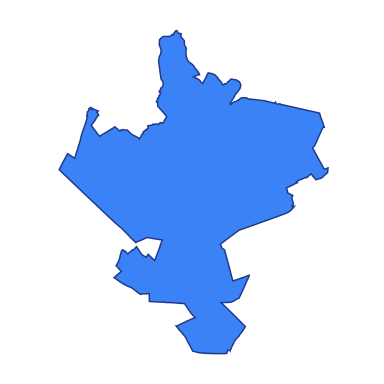 Nopalucan, Puebla, Mexico (Mercator projection), rotated 184°
{"feature_id": "50627088B31186547643860", "entity_name": "Nopalucan", "entity_type": "district", "adm_level": 2, "iso_a3": "MEX", "parent_name": "Mexico", "parent_adm1": "Puebla", "projection": "mercator", "projection_center": [-97.825, 19.193], "detail": "fine", "context": "isolated", "style": "filled", "palette": "blue", "viewbox_px": 384, "rotation_deg": 184, "n_neighbors": 0, "source": "geoboundaries", "source_scale": "gbopen_adm2", "svg_char_len": 5976}
<svg xmlns="http://www.w3.org/2000/svg" viewBox="0 0 384 384"><g transform="rotate(184 192 192)"><path d="M256.9,129.5L258.0,128.8L258.3,127.8L258.8,125.4L259.3,123.2L259.3,122.9L259.6,120.5L259.7,120.2L260.3,118.0L262.5,113.2L257.0,107.8L260.5,104.5L263.5,101.4L263.8,101.2L256.9,97.0L255.5,96.3L254.5,95.7L253.6,95.3L249.4,93.5L249.1,93.4L248.6,93.3L245.6,92.2L243.9,91.3L238.7,87.7L236.2,86.3L235.9,86.3L235.2,86.8L231.2,87.2L227.6,87.6L227.2,84.0L227.0,80.0L226.8,79.8L219.9,79.9L213.1,80.1L210.2,80.0L208.8,80.0L208.7,80.1L200.4,80.2L194.7,80.1L191.7,80.2L184.4,70.8L180.2,67.0L180.6,67.0L180.7,66.8L187.9,62.9L197.5,57.5L198.5,57.3L194.2,52.6L193.6,52.2L193.3,52.1L191.6,50.0L190.0,48.5L188.3,46.5L186.9,44.3L185.9,42.4L183.2,38.3L181.1,34.9L180.6,33.9L180.1,33.2L178.3,33.1L175.1,32.3L168.1,32.0L162.0,32.2L152.5,32.7L146.2,33.3L145.4,36.7L143.4,36.4L143.0,36.6L142.9,36.3L141.0,41.7L140.0,43.7L139.8,44.8L139.5,45.7L137.1,49.2L135.7,51.0L135.0,51.6L134.5,52.9L132.0,56.6L129.4,61.4L129.8,61.8L142.1,72.6L155.2,83.7L147.2,84.5L145.6,84.8L143.7,85.6L139.7,88.3L137.6,89.5L133.7,99.6L131.5,106.2L130.1,109.5L129.1,112.5L129.0,112.9L129.2,113.0L129.6,112.7L130.0,112.7L130.8,112.2L131.2,112.1L131.8,111.7L132.2,111.6L133.5,110.8L133.9,110.8L135.1,110.3L136.1,109.7L136.3,109.8L136.5,109.8L136.6,109.7L136.7,109.4L137.6,109.3L138.0,109.0L139.3,108.4L145.1,106.1L145.2,106.4L149.8,120.1L155.5,136.5L158.1,138.0L159.0,139.8L160.1,141.8L155.0,146.4L142.4,157.2L134.4,160.6L102.9,174.5L97.0,177.2L94.5,178.6L92.8,180.0L91.5,181.3L89.9,183.4L89.0,184.7L89.7,184.5L90.4,184.5L90.8,184.6L91.4,185.1L90.9,185.8L90.1,186.2L89.9,187.1L90.2,187.5L90.4,188.4L90.7,189.0L90.8,189.5L92.1,193.5L91.2,195.5L96.7,198.0L96.8,199.3L97.0,200.4L98.2,202.5L90.9,206.8L87.4,208.8L87.6,209.2L88.0,209.3L88.3,209.6L87.8,209.8L87.1,210.6L86.4,211.3L85.8,211.4L85.3,211.6L83.8,212.2L79.6,214.5L79.1,214.1L78.0,214.9L75.9,217.1L74.6,218.4L69.2,212.9L63.9,214.9L58.1,220.8L58.0,225.5L61.0,224.2L61.8,224.2L62.3,224.9L63.9,227.5L67.8,233.3L70.4,237.6L71.7,239.3L72.3,240.7L73.0,241.7L74.9,244.2L74.5,244.6L72.8,246.9L66.1,265.2L64.5,265.8L66.5,270.6L68.6,275.1L69.4,277.1L70.2,279.6L109.4,285.6L109.5,285.4L110.3,286.1L113.2,285.6L114.1,286.0L115.0,287.5L115.9,286.3L126.1,288.1L140.4,288.8L140.7,288.3L143.0,289.1L144.0,289.7L144.5,289.7L147.5,289.7L149.1,289.4L149.6,289.2L151.2,287.7L154.1,285.6L154.5,285.3L155.8,284.9L157.6,283.9L158.3,283.2L158.9,282.4L159.3,282.1L159.5,282.0L159.8,282.0L160.0,283.5L158.5,286.2L157.7,287.8L156.6,289.5L155.7,292.1L154.6,293.3L154.4,293.9L153.5,295.1L151.4,298.4L150.9,300.6L150.9,302.1L151.0,302.9L152.5,305.4L152.6,305.5L154.3,306.1L155.6,306.9L158.9,307.2L161.2,307.3L162.4,305.6L163.9,304.3L164.8,303.0L165.8,302.2L167.1,302.3L167.9,301.2L169.1,301.2L170.1,303.1L171.0,304.2L172.5,305.7L173.4,306.2L173.9,306.6L174.2,307.1L174.3,308.0L175.1,308.3L176.6,310.0L177.9,310.8L178.9,310.9L180.4,311.6L182.1,311.6L183.8,311.9L184.1,312.0L184.2,311.7L184.6,311.0L185.3,309.6L186.9,305.3L187.6,304.0L188.3,302.4L188.8,301.0L190.1,301.6L191.1,302.9L192.7,304.4L194.2,305.2L198.7,307.0L196.0,308.1L194.7,309.1L192.6,309.5L192.7,309.8L193.3,310.9L194.9,313.1L196.2,314.4L197.5,315.5L198.4,316.9L199.5,318.4L201.5,319.9L203.6,321.1L204.9,322.4L205.8,323.4L206.6,325.2L207.1,326.7L207.4,328.2L207.8,330.8L207.8,333.8L207.6,334.9L208.4,336.1L209.2,337.2L209.6,338.0L209.9,338.8L210.0,340.5L210.2,342.3L213.8,346.1L214.3,346.5L213.8,348.2L213.7,348.9L214.0,349.1L216.2,349.5L217.0,349.7L217.3,350.0L217.9,351.5L219.1,352.0L220.9,349.4L221.1,349.1L221.5,347.5L222.9,347.8L223.1,346.9L223.3,346.6L224.2,346.1L226.2,345.5L230.7,345.3L231.4,345.1L232.5,344.4L234.1,342.8L235.0,341.6L235.0,337.9L234.9,336.4L233.8,334.2L232.8,331.8L232.8,331.4L232.7,330.9L232.7,330.0L232.9,327.9L233.0,327.2L233.7,325.6L234.1,324.4L234.3,322.4L234.4,319.9L230.9,303.1L230.5,302.1L228.9,300.3L228.6,299.6L228.4,297.9L228.1,296.8L228.6,295.8L229.0,294.6L229.3,294.0L229.8,293.6L230.3,293.6L230.5,292.2L231.8,290.0L230.8,288.9L230.4,289.1L230.8,286.2L231.5,286.1L231.5,285.5L231.6,284.6L232.8,282.9L232.1,282.8L233.9,279.6L233.1,278.9L232.6,279.2L232.2,275.3L222.4,265.5L223.2,264.2L224.4,261.6L225.5,258.9L226.7,259.1L228.8,258.8L229.0,257.8L230.7,257.4L230.8,257.2L231.2,257.3L232.3,257.3L232.3,257.1L232.9,257.1L234.2,257.0L234.5,256.8L234.8,256.9L236.0,256.8L236.6,256.0L237.1,255.7L237.5,255.6L238.5,255.5L240.6,255.1L240.7,254.9L240.4,253.7L240.2,253.2L240.2,252.7L240.3,252.5L240.3,252.4L241.2,251.5L242.2,251.3L242.4,250.9L242.3,250.7L242.1,250.6L242.6,250.1L243.0,250.1L244.2,249.0L244.5,248.9L245.0,248.2L244.7,247.3L244.8,246.8L245.9,246.2L246.7,244.5L246.9,243.1L247.8,242.2L248.2,241.2L248.9,242.2L251.6,243.3L256.3,245.4L260.7,249.1L261.4,249.5L262.5,249.0L263.2,249.0L264.5,249.4L265.1,249.5L266.1,249.2L266.4,249.2L267.0,249.0L267.2,248.8L268.2,247.7L273.6,251.7L275.0,250.4L288.2,241.1L290.5,243.7L297.2,251.4L295.1,254.7L294.9,254.8L293.6,257.0L292.9,258.5L291.3,261.8L290.7,261.7L290.4,262.0L292.2,264.9L292.3,264.9L291.2,266.3L296.8,268.0L297.8,267.1L298.2,267.3L297.0,268.4L299.3,269.3L300.3,268.2L300.7,267.6L300.9,267.5L300.8,265.9L302.0,264.5L302.1,263.7L302.0,263.0L301.8,262.8L301.9,262.2L302.4,260.5L301.5,260.2L302.0,258.0L302.1,257.2L303.1,252.5L305.2,245.2L306.0,242.3L307.3,234.6L311.4,217.4L318.7,221.6L323.2,211.8L326.0,205.0L321.4,201.1L296.5,180.5L293.0,177.6L266.2,155.6L265.1,154.9L261.7,152.3L260.2,151.4L255.8,147.4L251.5,143.7L251.0,142.9L246.1,139.0L244.4,137.5L243.9,138.2L242.8,138.8L241.5,139.3L240.8,139.6L233.8,143.4L232.1,143.4L228.8,143.0L227.2,142.8L223.6,142.5L218.4,142.1L218.7,140.7L218.9,140.3L219.3,138.8L219.6,137.6L219.8,137.3L220.0,136.1L220.1,135.9L220.1,135.5L220.7,133.4L224.4,121.0L226.9,123.0L231.4,126.8L233.2,123.6L234.5,124.4L237.7,126.0L243.5,133.6L244.3,132.8L244.9,132.0L245.6,131.1L246.3,130.3L247.4,130.1L248.3,129.1L251.9,125.8L254.8,128.5L255.3,128.0L256.9,129.5Z" fill="#3b82f6" stroke="#1e3a8a" stroke-width="1.5"/></g></svg>